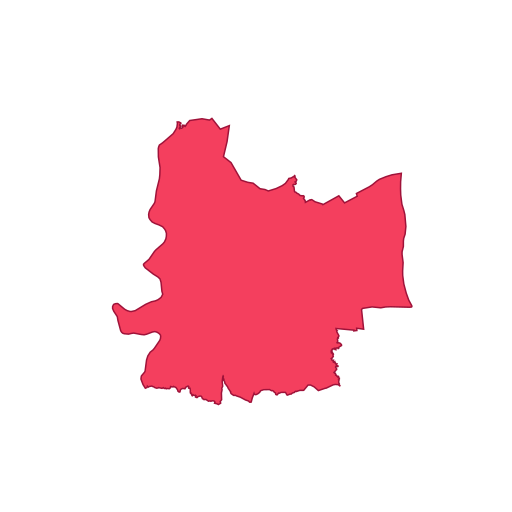 outline of Santo Tomé, Corrientes, Argentina, rotated 145°
{"feature_id": "61730980B79787842894443", "entity_name": "Santo Tomé", "entity_type": "district", "adm_level": 2, "iso_a3": "ARG", "parent_name": "Argentina", "parent_adm1": "Corrientes", "projection": "mercator", "projection_center": [-56.034, -28.286], "detail": "fine", "context": "isolated", "style": "filled", "palette": "rose", "viewbox_px": 512, "rotation_deg": 145, "n_neighbors": 0, "source": "geoboundaries", "source_scale": "gbopen_adm2", "svg_char_len": 6167}
<svg xmlns="http://www.w3.org/2000/svg" viewBox="0 0 512 512"><g transform="rotate(145 256 256)"><path d="M369.5,155.2L368.8,157.3L366.6,158.0L362.9,163.6L360.5,165.9L359.9,167.3L358.0,168.4L355.6,172.7L352.4,176.2L351.7,176.6L351.7,176.3L352.9,174.9L353.0,173.4L353.8,172.6L353.7,171.3L354.5,169.4L354.3,167.8L354.5,166.6L354.2,165.7L354.7,163.2L354.6,161.6L354.8,160.8L354.6,159.4L355.2,158.6L355.3,157.5L354.3,154.7L352.6,153.5L352.3,152.7L349.8,149.3L347.2,144.1L345.3,141.5L345.1,140.0L344.7,139.6L343.7,139.1L340.4,141.9L336.4,144.6L336.7,143.6L335.7,142.5L333.7,142.1L331.3,142.2L329.5,143.0L326.4,142.1L321.5,138.8L320.6,136.8L319.6,136.2L319.1,134.8L319.2,134.0L318.6,132.6L319.2,131.3L318.9,130.6L318.1,130.1L316.2,130.8L315.5,130.2L313.7,129.9L310.2,127.5L310.1,126.3L310.4,124.6L310.0,124.0L307.5,123.4L306.3,122.7L304.9,122.9L302.7,122.2L302.2,122.5L301.3,122.5L300.9,122.3L300.8,121.9L297.2,120.8L294.0,118.6L287.4,120.4L285.3,119.0L283.4,115.4L282.1,110.0L275.3,108.0L274.3,107.5L266.7,106.2L264.7,105.3L262.4,103.4L261.7,101.0L261.5,103.5L260.9,103.9L261.1,104.3L260.5,105.5L259.4,106.5L259.4,107.3L258.3,107.4L257.8,108.1L258.4,109.1L257.6,109.6L257.5,110.1L258.6,110.5L258.7,110.9L258.4,111.7L259.1,112.7L258.4,113.3L258.6,114.1L258.3,114.5L258.9,115.1L258.9,115.9L256.6,116.4L256.2,116.7L255.1,116.7L254.6,117.5L254.7,119.1L254.2,119.7L253.8,119.7L252.5,118.5L251.9,118.7L252.0,119.1L252.4,119.2L252.8,120.4L251.6,121.2L252.5,121.8L252.2,122.9L252.6,123.2L252.1,124.2L252.8,124.2L252.8,124.7L253.5,124.7L253.5,125.1L252.3,126.2L253.5,127.0L253.2,128.9L252.0,128.7L251.7,129.0L250.4,129.3L250.3,129.9L249.4,130.9L249.4,131.4L248.9,131.3L248.8,131.9L249.0,132.3L249.3,132.0L249.5,132.3L249.5,132.7L249.1,132.9L249.4,133.2L248.7,133.4L248.6,133.8L249.4,134.3L248.9,135.0L248.2,135.5L247.9,135.2L247.2,135.3L246.9,136.0L246.6,136.0L246.2,135.5L244.8,135.6L243.8,134.7L244.2,134.4L245.0,134.5L244.9,134.0L244.3,133.5L244.2,133.9L243.1,134.6L241.5,133.8L241.8,133.1L241.5,132.9L241.1,133.0L240.9,133.5L240.0,133.8L237.3,133.6L236.8,134.5L237.2,136.5L238.3,137.7L239.3,138.2L239.2,138.7L238.3,138.9L237.5,140.0L237.1,141.1L236.0,142.2L235.6,141.7L235.2,142.4L234.5,142.5L233.8,143.2L233.3,147.6L232.7,148.5L232.4,148.4L232.6,149.6L232.3,149.7L232.0,150.7L218.3,139.1L218.8,138.5L216.1,137.1L215.0,139.1L209.8,134.3L200.2,151.7L198.6,151.9L190.1,147.7L183.5,142.0L179.0,139.9L174.8,137.2L159.5,125.9L157.8,125.0L157.2,125.3L156.9,126.0L156.2,132.2L154.2,139.5L151.0,148.2L147.0,155.9L144.5,159.6L139.3,166.2L135.4,173.6L133.9,175.7L129.8,179.3L126.7,183.7L124.9,185.7L121.3,188.4L116.3,194.2L110.3,204.6L108.8,208.5L106.8,214.7L102.5,222.9L99.1,228.1L95.0,233.8L89.5,240.4L98.0,244.5L104.0,246.4L110.9,248.0L114.2,248.1L119.6,247.6L123.4,247.7L137.9,249.6L138.8,246.9L153.0,248.7L153.6,257.8L171.8,259.7L171.9,260.6L176.5,266.5L178.0,270.2L178.6,270.5L179.3,270.5L179.5,271.0L184.8,271.6L184.0,273.1L184.2,273.7L183.8,274.4L184.1,275.3L184.1,275.9L182.6,276.7L182.4,277.8L182.8,278.4L183.5,278.7L185.2,280.3L185.5,282.2L186.6,284.3L186.7,285.3L187.5,286.4L187.4,286.9L185.4,290.6L185.3,291.0L185.7,291.6L185.0,293.0L184.3,293.2L183.4,292.4L182.5,292.1L181.6,292.3L181.3,292.6L181.5,293.5L181.1,293.8L181.3,294.2L180.2,294.2L178.9,295.0L179.0,298.8L178.2,299.0L178.2,299.7L178.9,299.6L179.1,299.2L179.6,299.2L180.2,299.6L182.3,299.7L184.7,300.7L185.7,300.1L190.3,298.6L194.3,298.6L200.8,299.7L208.6,302.2L210.5,305.3L214.1,308.8L216.6,317.3L220.5,321.1L224.7,326.6L222.9,346.8L225.7,356.0L214.1,366.3L203.1,378.1L212.5,380.4L213.2,394.0L216.1,394.0L221.5,399.4L232.6,405.0L237.7,403.7L238.2,403.2L238.9,403.2L239.2,402.9L239.6,403.1L239.8,402.9L240.0,403.2L239.9,403.7L240.4,404.1L240.2,404.5L240.8,404.5L241.1,405.2L241.6,404.9L241.4,404.5L241.9,404.1L241.7,403.8L242.3,403.3L243.7,403.3L244.3,404.2L245.6,404.0L245.7,404.4L244.9,405.0L244.1,405.2L243.8,405.7L243.2,405.5L243.1,405.9L243.6,406.8L243.3,407.3L242.9,407.6L241.7,407.4L241.3,408.1L242.3,410.1L243.7,411.0L244.4,409.6L246.8,407.0L248.9,405.7L253.7,403.7L267.5,402.3L271.5,402.3L273.2,401.2L274.4,400.1L279.1,393.2L283.9,383.4L288.1,377.8L290.9,374.6L300.2,366.5L307.5,358.5L309.0,357.5L316.1,354.8L318.4,353.3L320.2,351.5L321.7,348.8L321.9,346.6L321.6,343.5L320.1,340.6L317.7,337.2L315.7,333.6L315.4,330.8L315.5,328.7L316.4,325.9L318.1,323.6L319.9,321.8L323.0,320.0L325.3,319.4L334.1,318.5L336.5,318.0L345.6,314.6L351.2,314.1L352.8,313.8L353.3,313.2L353.5,312.1L353.5,309.8L350.5,300.1L348.4,295.2L347.8,292.3L348.9,288.9L353.3,281.1L354.3,278.2L357.5,276.5L361.5,276.4L364.3,277.0L367.9,278.5L374.1,279.7L386.3,280.5L389.9,282.0L391.1,282.9L392.9,285.2L394.1,287.6L396.4,296.0L396.8,296.6L398.6,297.6L400.4,298.0L402.4,296.9L403.6,295.2L404.2,292.3L404.4,285.9L406.1,282.3L409.7,272.4L409.8,270.6L409.4,269.1L408.5,267.9L405.2,265.1L402.6,264.1L400.4,263.0L394.9,257.4L392.8,255.6L390.5,254.7L384.3,253.1L382.2,252.1L381.0,250.7L380.1,248.9L379.7,247.5L379.6,246.1L380.2,244.8L381.6,243.2L383.2,242.1L392.1,238.7L394.4,238.1L397.8,237.9L401.9,236.2L405.3,233.6L413.0,225.2L414.1,224.7L418.6,223.5L419.3,222.9L420.8,221.2L421.3,219.4L422.3,215.4L422.5,211.2L420.9,210.8L420.2,211.1L419.7,211.6L419.6,210.7L419.3,210.3L418.5,210.4L415.9,209.2L415.5,208.3L414.9,207.7L414.4,206.3L413.2,204.7L411.7,204.0L411.3,204.1L408.9,201.5L407.4,201.3L407.2,200.2L406.6,199.7L406.0,199.7L405.7,198.7L404.9,198.5L403.1,197.0L401.5,197.2L400.8,198.1L399.1,196.3L398.4,196.5L397.0,194.2L397.0,191.4L397.5,189.9L397.0,188.6L396.2,188.3L394.7,189.7L393.4,189.9L391.9,189.5L390.4,188.0L389.4,188.4L389.2,188.8L386.7,188.6L386.1,188.3L386.0,187.5L386.9,186.7L386.9,186.2L385.9,185.5L386.8,183.7L387.8,182.4L388.1,181.8L387.9,181.5L388.3,181.3L388.2,180.2L387.9,179.9L388.4,178.8L388.4,178.1L387.1,178.4L386.8,177.4L386.0,176.7L385.6,176.8L385.3,176.2L385.8,176.0L385.7,175.5L386.4,175.1L385.8,174.1L385.3,173.8L384.4,174.1L382.6,173.6L381.5,172.9L381.2,172.1L381.7,169.8L381.0,168.8L381.0,168.2L379.3,167.2L378.2,164.3L376.8,163.7L376.3,162.9L374.9,162.5L373.8,161.6L373.4,160.9L373.4,159.9L374.4,159.2L372.6,157.1L372.0,155.9L369.5,155.7L369.5,155.2Z" fill="#f43f5e" stroke="#9f1239" stroke-width="1.5"/></g></svg>